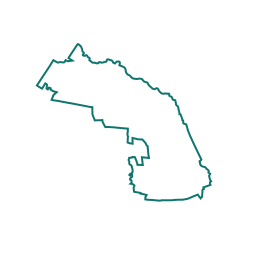 Tiganasi, Iasi, Romania (Equal Earth projection), rotated 211°
{"feature_id": "2599482B17220998825141", "entity_name": "Tiganasi", "entity_type": "district", "adm_level": 2, "iso_a3": "ROU", "parent_name": "Romania", "parent_adm1": "Iasi", "projection": "equal_earth", "projection_center": [27.471, 47.35], "detail": "fine", "context": "isolated", "style": "outline", "palette": "teal", "viewbox_px": 256, "rotation_deg": 211, "n_neighbors": 0, "source": "geoboundaries", "source_scale": "gbopen_adm2", "svg_char_len": 5785}
<svg xmlns="http://www.w3.org/2000/svg" viewBox="0 0 256 256"><g transform="rotate(211 128 128)"><path d="M117.4,175.0L120.1,175.6L120.8,175.9L121.9,176.7L122.7,177.1L123.4,177.0L124.1,176.7L124.4,176.3L124.8,175.6L125.0,175.2L125.3,174.9L126.1,174.6L126.5,174.5L127.3,174.4L127.8,174.5L131.8,175.3L132.5,175.5L133.1,175.8L134.1,176.6L134.8,176.9L135.4,176.8L137.0,176.3L138.0,176.2L138.5,176.2L139.2,176.4L139.6,176.5L140.7,177.1L141.3,177.1L142.0,177.0L144.0,176.0L145.0,175.1L145.6,174.6L147.5,173.7L149.1,173.1L149.9,173.0L150.3,173.0L151.0,173.1L152.7,173.7L153.6,173.9L154.0,173.9L155.5,173.7L156.1,173.7L156.7,173.9L158.0,174.5L158.7,175.0L159.9,176.5L160.7,177.3L161.7,177.8L162.2,178.0L163.8,177.9L165.0,177.8L167.7,177.3L168.1,178.7L168.3,179.3L168.6,179.8L169.3,180.3L169.7,180.3L170.2,180.2L171.2,179.6L171.6,179.3L171.9,178.9L172.1,178.2L172.4,176.6L174.5,176.4L175.3,177.1L175.8,177.3L176.8,177.5L177.7,177.3L178.6,177.0L179.6,176.8L180.0,176.7L180.7,176.5L181.0,176.2L181.1,175.9L181.1,175.4L181.0,174.8L180.8,173.7L182.3,172.3L183.7,170.8L184.2,170.4L184.6,170.3L185.8,170.1L186.0,170.0L186.5,169.7L186.7,169.3L186.9,168.9L186.9,168.7L186.8,168.3L186.9,168.1L187.0,168.0L187.6,167.8L188.0,167.4L188.8,167.1L190.3,166.8L190.5,166.7L191.4,166.0L192.0,165.8L192.9,165.8L193.7,166.0L195.5,166.1L195.8,166.2L196.0,166.2L196.2,166.5L196.4,167.3L196.4,167.5L196.7,168.0L196.9,168.1L197.4,168.2L198.0,168.1L198.6,168.1L199.1,168.2L200.0,168.8L200.5,169.0L200.8,169.0L201.2,169.0L201.5,168.7L201.7,168.3L201.8,168.1L201.9,167.9L203.2,167.2L203.4,167.1L203.8,167.1L204.2,167.2L204.5,167.6L204.5,168.0L204.4,168.3L204.3,169.0L204.4,169.4L204.6,169.6L204.7,169.8L205.1,169.9L206.2,170.1L206.7,170.4L208.0,172.0L209.0,172.7L210.1,173.5L210.8,173.9L211.2,173.9L211.9,173.9L212.8,174.3L214.3,174.0L214.4,173.7L215.1,157.9L215.0,157.3L210.4,157.1L214.2,154.1L216.4,154.1L216.4,151.7L216.7,151.3L217.0,151.0L217.6,150.7L220.0,149.6L221.8,148.0L222.1,147.8L226.9,147.7L227.0,140.6L228.0,117.6L226.8,117.5L222.6,117.4L222.2,117.4L221.9,117.5L221.9,123.6L220.1,123.6L219.9,123.5L219.6,123.1L219.1,122.1L218.7,121.1L218.1,119.8L216.6,119.8L216.6,121.9L215.2,122.2L214.7,122.2L214.3,121.1L213.0,121.0L211.0,121.0L208.2,121.9L207.5,122.0L207.7,121.5L208.2,120.0L208.8,118.0L208.8,117.1L208.7,116.7L208.5,115.7L208.3,115.0L208.2,113.9L208.0,112.8L205.8,113.5L202.4,115.0L194.0,118.1L189.1,120.0L174.7,125.3L171.8,126.3L169.3,127.5L168.8,126.8L168.4,125.9L167.7,124.8L166.7,123.4L166.3,122.6L165.4,121.3L162.9,119.3L161.4,118.3L160.5,117.4L156.2,120.1L155.1,120.8L154.1,121.6L153.2,120.5L152.6,119.9L147.9,117.1L147.7,117.1L147.0,117.8L144.1,119.4L139.6,121.7L133.4,124.6L127.8,127.4L127.5,127.0L127.1,126.1L126.6,125.3L126.3,124.9L126.2,124.6L126.1,124.2L125.7,123.1L125.4,122.5L125.1,122.3L124.6,121.5L124.3,121.2L123.7,120.8L123.4,120.4L122.9,119.1L121.0,115.6L120.9,115.4L118.9,115.7L117.5,116.3L116.0,116.9L116.6,117.9L117.2,119.0L117.6,119.4L119.0,121.8L113.9,123.4L111.9,124.3L111.3,124.8L110.9,124.9L109.9,125.5L109.8,125.4L109.4,125.4L108.9,125.3L106.4,124.5L105.4,124.2L104.5,123.7L103.2,122.7L101.5,122.4L101.2,121.7L100.8,121.0L99.4,119.3L98.5,118.0L96.6,115.4L94.6,113.1L101.0,110.1L96.3,103.9L101.0,101.3L101.3,101.6L102.1,102.7L103.3,103.6L104.0,104.3L105.5,105.3L106.1,105.9L106.6,106.3L106.8,106.5L107.4,106.5L108.4,105.7L108.6,105.7L109.2,105.5L109.4,105.3L109.2,104.9L111.6,103.0L111.2,102.4L111.1,101.0L110.7,100.6L110.4,100.4L109.8,100.1L109.5,99.7L108.7,98.3L108.3,97.9L108.0,97.8L107.6,97.6L106.7,97.8L106.0,97.6L105.3,97.3L104.8,97.0L104.4,96.2L104.1,96.0L103.6,95.7L103.1,95.2L102.9,94.8L101.8,93.5L101.6,93.0L101.4,92.4L101.6,92.3L101.6,92.2L101.2,91.0L101.2,90.9L101.4,90.8L101.3,90.7L101.7,90.4L102.1,90.0L102.3,89.7L102.6,89.5L102.5,89.2L102.7,88.6L102.5,88.3L102.2,88.3L101.3,88.5L100.3,88.6L100.5,89.0L100.7,89.4L100.2,89.6L99.7,88.8L99.4,88.2L99.5,87.8L99.8,87.4L99.9,87.1L100.1,85.8L100.0,85.4L99.6,84.8L98.2,84.9L97.0,83.6L96.9,82.3L97.0,81.9L97.1,81.6L95.6,82.2L95.4,82.3L92.9,82.1L92.7,81.7L92.5,80.1L92.3,79.5L90.1,76.6L89.9,76.5L89.7,76.5L87.7,77.3L83.8,78.8L83.6,78.2L77.6,80.2L77.5,79.5L77.5,79.1L77.4,78.2L77.5,78.1L77.4,77.7L77.4,77.4L76.8,76.6L76.7,76.3L76.4,75.7L75.2,76.2L73.8,76.8L73.2,77.2L72.3,77.6L71.4,78.2L70.8,78.4L70.4,78.7L69.0,79.3L63.7,81.9L62.3,82.9L62.1,83.1L61.9,83.4L53.6,88.4L50.1,91.0L47.3,92.8L44.2,94.7L43.0,95.8L42.4,96.2L40.4,98.1L38.2,101.0L37.6,101.9L34.5,106.1L33.9,106.8L33.1,106.4L29.5,105.1L29.5,105.5L29.5,106.2L29.1,106.8L29.0,107.1L32.3,113.4L32.3,113.7L32.2,113.9L31.5,114.8L32.8,115.9L28.0,121.7L28.7,122.2L29.4,122.9L29.6,123.3L29.7,123.6L29.7,123.9L29.6,124.4L29.3,125.1L30.0,125.3L31.1,126.0L31.5,126.3L32.2,127.1L32.8,127.7L33.8,128.6L34.0,131.1L35.1,131.1L36.0,131.2L36.2,131.3L36.3,131.5L36.4,131.9L36.4,132.3L36.9,133.0L37.1,133.1L38.9,133.4L39.6,133.4L41.0,134.0L41.4,134.1L41.9,134.1L42.5,133.9L44.5,133.4L45.2,133.3L45.5,133.3L45.8,133.5L46.4,133.5L46.5,133.5L46.9,133.9L47.2,134.1L47.8,134.3L48.1,135.0L48.7,135.6L49.4,136.0L49.5,136.5L49.3,137.0L49.0,137.5L48.8,138.4L48.8,138.7L56.8,143.9L64.8,149.2L71.4,153.7L72.7,154.8L75.1,156.5L79.9,161.1L80.0,161.1L80.5,160.9L80.8,161.0L82.3,160.5L83.1,160.6L83.8,161.6L84.1,162.1L84.6,162.8L85.4,162.7L85.6,163.1L86.6,164.0L89.9,166.7L91.0,166.3L91.1,166.6L91.5,167.2L95.0,170.8L95.4,171.4L95.9,171.8L96.4,172.2L97.2,172.3L98.3,172.5L98.8,172.8L99.8,174.0L100.6,174.8L101.4,175.8L101.6,176.0L101.9,176.1L102.1,176.1L102.9,175.7L103.7,175.5L104.4,175.5L104.9,175.8L105.1,176.0L105.3,176.3L105.6,176.6L106.3,177.0L106.9,177.1L107.3,177.1L108.6,176.8L109.2,176.9L109.5,177.2L109.9,178.1L110.1,178.3L110.5,178.5L110.8,178.4L112.2,177.5L113.1,177.2L114.0,176.7L114.9,175.9L115.5,175.5L116.6,175.0L117.4,175.0Z" fill="none" stroke="#0f766e" stroke-width="2"/></g></svg>